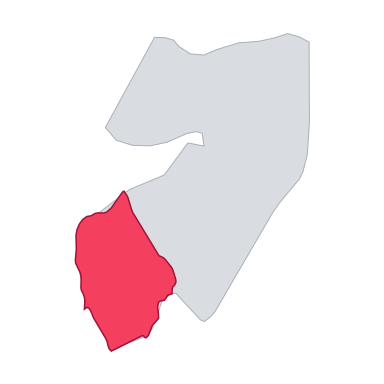 location of Obock within Djibouti, rotated 183°
{"feature_id": "DJI-1570", "entity_name": "Obock", "entity_type": "Region", "adm_level": 1, "iso_a3": "DJI", "parent_name": "Djibouti", "parent_adm1": "", "projection": "equal_earth", "projection_center": [43.052, 12.273], "detail": "fine", "context": "in_parent", "style": "filled", "palette": "rose", "viewbox_px": 384, "rotation_deg": 183, "n_neighbors": 0, "source": "natural_earth", "source_scale": "10m", "svg_char_len": 1720}
<svg xmlns="http://www.w3.org/2000/svg" viewBox="0 0 384 384"><g transform="rotate(183 192 192)"><path d="M281.9,251.9L270.0,276.7L254.8,308.4L237.5,344.5L226.7,344.7L218.3,342.6L212.5,336.5L200.7,329.8L187.3,329.4L174.6,335.6L153.0,343.4L133.5,345.9L117.8,350.2L104.8,355.2L93.1,352.5L82.9,347.9L80.8,309.6L78.4,268.0L78.8,235.4L82.4,217.5L85.5,210.5L104.0,185.8L110.3,175.7L131.4,134.7L149.4,99.7L162.9,73.4L167.1,68.3L172.7,63.3L176.8,64.7L202.9,90.0L207.5,89.3L216.2,81.5L224.2,54.4L229.7,44.6L232.1,44.9L248.9,37.3L264.1,28.8L266.1,37.6L289.1,73.9L296.6,91.8L304.3,124.4L300.3,142.7L294.3,154.5L285.4,165.1L254.7,191.1L220.5,207.6L198.7,240.8L182.4,238.5L184.9,251.1L191.0,252.5L200.4,250.1L219.2,240.5L236.0,235.9L254.0,235.5L270.3,239.7L281.9,251.9Z" fill="#d9dde1" stroke="#a8b0b8" stroke-width="1"/><path d="M233.1,45.9L234.5,45.8L264.3,28.9L266.5,30.9L267.8,34.1L268.8,37.8L270.3,40.9L283.7,61.1L286.9,67.9L288.9,70.5L291.0,71.3L293.3,69.3L293.3,75.8L293.5,78.9L294.2,82.0L295.3,84.5L296.5,86.6L297.6,88.8L298.0,92.1L298.1,99.1L298.6,102.9L299.4,105.4L304.5,114.9L304.9,118.0L304.5,128.7L305.6,142.7L304.8,148.6L302.8,154.1L299.9,158.6L296.2,161.7L295.1,162.2L291.4,163.0L287.7,165.5L284.9,166.2L279.0,166.4L276.5,167.3L272.0,171.5L261.5,188.2L260.7,188.8L259.9,189.3L256.7,184.9L255.5,182.6L251.6,171.6L250.0,168.3L221.7,126.7L218.2,125.4L216.8,124.6L215.5,123.6L208.7,115.9L207.7,114.3L207.0,113.0L203.8,104.3L203.5,102.9L203.4,101.5L203.6,100.1L204.1,99.0L204.6,98.0L206.4,96.0L206.8,92.3L206.5,89.3L210.8,87.7L212.7,84.2L213.8,82.5L217.9,81.5L219.6,80.3L220.4,75.3L219.2,69.5L218.7,64.1L224.7,56.6L227.9,46.6L230.1,44.0L231.4,44.2L233.1,45.9Z" fill="#f43f5e" stroke="#9f1239" stroke-width="1.5"/></g></svg>